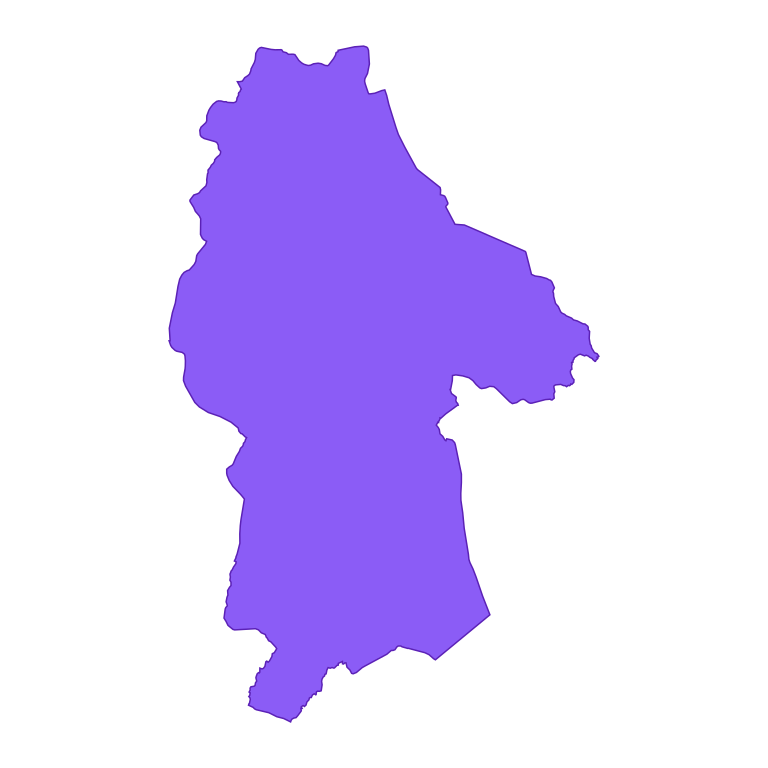 Gnagna, Gnagna, Burkina Faso
{"feature_id": "67063806B53557788130503", "entity_name": "Gnagna", "entity_type": "district", "adm_level": 2, "iso_a3": "BFA", "parent_name": "Burkina Faso", "parent_adm1": "Gnagna", "projection": "natural_earth1", "projection_center": [0.002, 12.916], "detail": "fine", "context": "isolated", "style": "filled", "palette": "violet", "viewbox_px": 768, "rotation_deg": 0, "n_neighbors": 0, "source": "geoboundaries", "source_scale": "gbopen_adm2", "svg_char_len": 6066}
<svg xmlns="http://www.w3.org/2000/svg" viewBox="0 0 768 768"><path d="M237.4,81.7L241.3,89.1L240.5,90.0L240.1,91.5L238.8,92.6L238.4,93.8L238.6,95.1L236.9,98.2L237.0,99.0L236.3,101.4L235.2,102.2L233.5,102.7L227.5,102.4L226.1,101.7L224.0,101.8L221.1,101.0L218.6,100.9L216.6,101.4L213.1,104.2L210.6,107.4L208.9,110.2L206.8,115.8L206.7,120.8L206.0,122.5L201.0,127.2L199.8,130.2L200.3,135.2L201.4,136.8L204.1,138.5L215.0,141.6L216.8,142.5L218.2,145.0L218.5,148.5L219.2,149.8L220.6,151.3L220.6,152.5L220.3,153.7L219.6,155.0L216.7,157.4L214.7,159.8L214.6,161.3L213.3,163.4L211.3,165.2L210.3,167.3L208.0,170.1L208.1,172.8L207.5,173.8L206.7,179.9L206.9,182.4L206.0,185.8L200.5,190.9L199.5,192.6L197.7,193.7L193.8,195.0L190.0,200.0L189.9,201.0L190.4,202.1L193.7,207.4L195.4,211.4L199.3,215.9L200.7,218.8L200.5,234.4L201.3,236.3L202.4,238.4L203.8,239.8L206.6,241.3L205.4,244.4L197.7,253.8L196.7,255.6L195.8,261.4L194.2,264.5L189.3,270.0L187.1,270.7L184.1,272.4L181.9,275.0L179.7,279.1L178.0,286.3L175.3,303.1L172.4,312.7L169.3,328.2L170.1,340.8L169.1,340.8L170.7,345.5L171.9,347.4L175.1,350.4L176.7,351.2L182.2,352.4L184.5,354.2L185.0,356.0L185.4,360.8L185.3,366.0L185.1,368.7L183.6,377.1L183.5,380.6L185.6,386.2L194.8,402.4L199.4,407.0L208.3,412.5L220.0,416.5L231.1,422.2L238.2,428.0L238.9,431.2L240.8,433.5L242.2,433.9L245.2,436.9L246.6,437.6L245.4,439.8L245.0,441.6L243.4,443.4L243.5,444.0L242.7,446.2L240.5,448.3L239.4,451.4L236.3,456.4L233.3,463.7L232.2,465.2L229.2,467.0L226.7,469.2L226.7,473.2L227.1,475.3L229.2,480.5L232.9,486.4L240.6,494.4L244.4,499.0L241.0,519.6L240.3,525.6L239.8,533.9L239.9,543.2L237.1,554.1L235.9,557.1L236.0,557.7L234.4,561.0L236.1,561.8L235.9,563.6L233.6,566.9L232.2,569.8L231.0,571.2L230.6,572.9L230.2,573.3L230.0,574.6L230.4,577.0L229.9,580.2L231.0,582.2L231.0,585.6L229.5,587.3L227.6,590.6L227.9,595.1L227.0,597.2L226.1,601.8L227.3,605.3L227.1,606.1L225.8,607.5L225.2,609.0L224.0,618.1L226.1,621.5L228.0,625.4L232.9,629.4L234.7,629.9L255.4,628.7L258.4,629.8L261.3,632.8L265.3,634.5L266.4,637.4L267.1,637.9L268.6,640.7L270.8,641.8L275.7,647.1L276.7,648.7L274.3,652.7L272.3,653.7L271.9,656.6L269.4,661.1L268.1,662.2L266.8,661.1L265.9,661.7L264.9,666.4L263.4,668.4L261.9,668.9L259.9,668.1L259.8,672.1L259.3,672.9L258.5,672.6L257.2,673.8L256.2,676.5L255.9,677.8L256.7,681.1L255.5,682.8L255.0,685.6L254.1,686.2L250.9,686.8L250.1,688.1L250.1,690.3L249.2,691.7L249.2,692.4L250.2,692.9L249.7,695.5L248.8,696.5L249.9,697.8L250.3,699.3L249.4,703.5L249.0,703.7L248.5,705.2L253.2,707.4L254.5,708.8L256.2,709.7L268.8,712.7L276.8,716.7L283.7,718.5L290.6,721.9L291.2,720.2L292.1,719.0L293.8,718.1L296.1,717.6L297.8,715.6L301.1,711.2L301.3,710.6L300.9,708.4L302.1,708.4L301.3,706.9L302.7,705.7L303.3,705.6L304.4,706.5L306.0,705.1L306.9,702.0L308.9,699.9L309.4,698.0L310.2,697.5L311.3,697.5L312.4,695.0L314.2,693.8L315.8,694.8L316.1,694.5L316.4,691.9L317.4,691.2L319.6,691.3L321.2,690.8L322.1,684.8L321.6,681.3L322.0,679.3L323.0,677.2L324.5,676.0L324.9,674.3L326.1,673.9L326.9,670.0L328.1,667.6L330.2,668.2L332.0,667.5L333.9,668.1L334.5,667.9L337.0,665.4L338.3,665.1L338.3,663.4L342.4,661.5L342.5,663.8L343.6,664.0L344.8,662.9L346.0,662.9L347.0,667.2L349.9,670.0L351.6,673.3L353.1,673.8L356.4,672.5L362.2,667.6L365.2,665.9L386.9,654.2L391.2,650.5L393.2,650.4L395.0,649.7L396.8,647.0L398.2,646.0L400.8,646.0L402.0,646.8L407.7,648.4L408.3,648.3L424.9,652.7L429.1,654.7L433.7,658.8L435.4,659.8L489.9,614.8L482.6,596.1L476.1,577.1L473.0,569.0L469.9,562.5L468.9,559.3L468.4,554.2L464.2,528.3L462.7,512.6L460.9,500.2L460.8,493.4L461.4,482.5L461.4,474.1L455.3,444.6L454.6,442.6L452.2,440.0L446.7,438.8L445.9,440.7L444.8,439.9L442.8,436.4L440.0,433.8L439.3,429.5L438.3,427.6L436.3,425.1L438.0,422.0L438.6,422.4L438.8,421.3L440.0,419.0L440.0,417.9L440.9,418.2L445.7,413.9L457.6,405.2L458.2,405.2L457.7,403.5L456.4,402.2L455.8,400.4L456.3,397.6L456.1,397.0L451.5,393.5L450.1,389.5L450.6,389.5L452.3,380.7L452.5,375.5L455.9,374.9L462.8,375.9L469.1,377.8L472.9,380.6L476.1,384.5L479.8,387.9L481.5,388.6L485.8,387.9L489.7,386.3L493.8,386.7L496.3,388.6L509.7,401.8L512.4,403.6L516.7,402.6L520.8,399.8L523.1,399.3L524.6,399.7L528.6,402.6L530.3,403.2L532.1,403.1L545.4,399.6L550.3,399.2L550.9,399.8L552.0,400.0L554.2,398.2L553.8,393.8L554.8,391.8L553.8,386.8L554.0,386.0L555.4,384.9L560.8,384.4L563.5,385.6L565.2,385.7L566.6,386.7L568.2,385.4L569.6,385.7L570.3,385.1L570.7,384.0L571.8,384.4L573.8,382.4L574.0,379.7L572.6,378.1L570.6,373.6L570.3,371.4L571.0,369.7L571.9,369.2L571.6,366.1L572.1,363.9L571.5,362.8L571.8,362.3L572.9,362.3L573.1,360.3L574.1,358.8L574.2,357.8L578.5,354.7L580.4,354.2L584.6,355.9L586.1,355.2L588.4,356.1L589.8,357.3L592.6,358.7L592.6,359.3L595.0,361.4L595.5,361.3L595.9,360.3L597.8,358.5L597.0,357.2L598.3,357.0L598.9,356.3L597.1,353.7L594.5,352.7L591.7,348.1L591.1,345.5L590.2,344.3L589.2,338.3L589.6,331.4L588.2,329.7L588.2,327.3L587.8,326.3L585.0,324.0L582.9,323.8L577.2,320.9L573.5,319.9L571.6,318.1L566.2,315.8L564.7,314.4L562.1,313.2L560.7,311.9L558.3,306.6L555.5,303.4L553.7,296.4L553.5,293.2L552.9,291.9L553.2,290.3L554.4,287.9L551.9,282.0L550.5,280.3L549.3,280.0L546.7,278.5L540.7,276.8L535.1,276.0L531.5,274.4L525.8,252.2L525.2,251.4L464.4,225.0L455.0,224.3L445.9,207.1L445.8,206.4L447.7,204.2L447.9,203.1L445.6,197.7L444.8,196.3L443.7,195.6L440.4,194.7L440.6,189.9L440.1,187.5L417.5,169.6L416.3,168.2L404.8,147.2L398.4,134.5L396.0,127.6L388.8,104.4L386.7,95.5L384.8,89.9L381.7,90.6L374.9,93.2L370.0,93.9L368.7,93.7L368.1,92.5L365.2,83.9L364.6,81.2L364.9,78.7L367.5,73.5L369.4,64.0L368.5,50.3L367.7,48.1L366.7,47.1L363.6,46.1L354.6,46.8L338.1,50.3L338.1,51.6L336.1,52.6L335.5,55.2L333.5,58.7L328.6,65.1L327.7,65.7L325.0,65.4L321.3,63.7L318.1,63.2L313.5,63.8L310.5,65.2L308.2,65.5L306.3,65.0L303.8,64.2L301.5,62.8L298.8,60.4L294.9,54.6L293.1,54.2L288.4,54.3L286.4,52.7L283.0,51.8L282.0,50.1L281.2,49.7L275.3,49.8L271.1,49.4L261.3,47.4L259.6,48.0L258.1,49.3L255.8,53.3L255.3,59.4L254.4,62.4L251.1,68.8L250.8,70.8L249.5,74.1L247.9,75.6L244.7,77.7L242.4,81.1L239.7,81.7L237.4,81.7Z" fill="#8b5cf6" stroke="#5b21b6" stroke-width="1.5"/></svg>